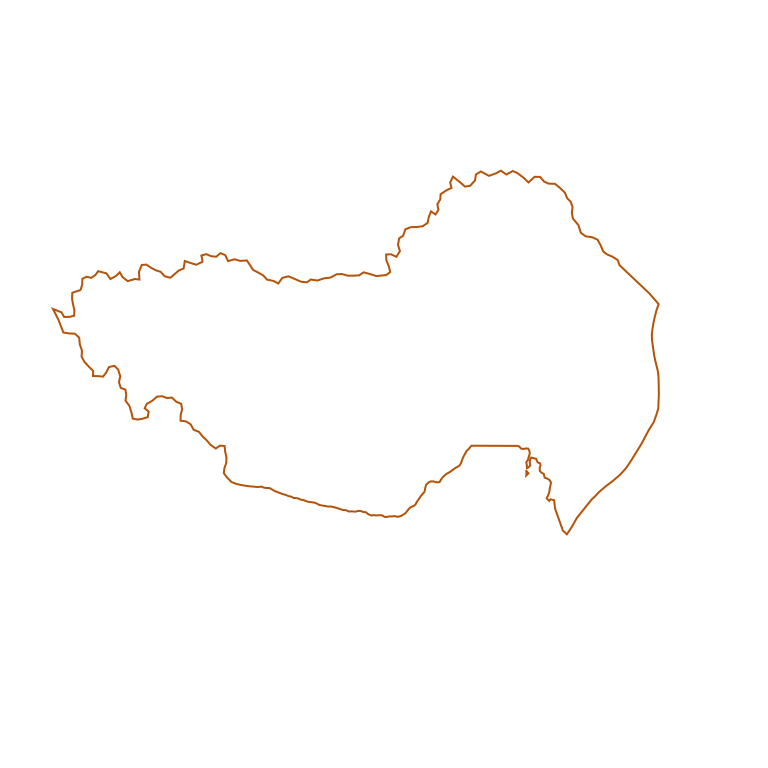 Silves, Amazonas, Brazil, rotated 340°
{"feature_id": "56859067B7747492242143", "entity_name": "Silves", "entity_type": "district", "adm_level": 2, "iso_a3": "BRA", "parent_name": "Brazil", "parent_adm1": "Amazonas", "projection": "natural_earth1", "projection_center": [-58.603, -2.851], "detail": "fine", "context": "isolated", "style": "outline", "palette": "amber", "viewbox_px": 768, "rotation_deg": 340, "n_neighbors": 0, "source": "geoboundaries", "source_scale": "gbopen_adm2", "svg_char_len": 4882}
<svg xmlns="http://www.w3.org/2000/svg" viewBox="0 0 768 768"><g transform="rotate(340 384 384)"><path d="M624.2,512.3L629.5,506.0L633.3,500.9L638.6,488.1L641.9,478.6L644.2,471.8L645.7,465.9L646.3,460.4L647.0,453.8L647.9,448.3L650.9,434.3L652.7,428.9L655.0,424.3L658.1,418.8L660.9,414.3L665.2,408.0L669.4,402.9L664.4,389.8L646.0,353.0L646.0,347.5L642.4,342.7L637.8,338.4L635.3,334.3L635.0,327.4L634.0,321.4L629.8,317.3L623.9,314.1L620.7,309.2L621.0,301.1L618.1,293.3L619.1,287.2L621.6,282.6L621.8,276.7L619.6,271.9L619.5,266.3L618.2,263.5L616.7,260.5L613.2,254.4L607.0,251.9L603.6,248.4L601.5,242.8L596.4,240.8L588.7,244.0L585.5,237.6L581.4,231.3L577.8,227.9L570.7,229.0L566.8,223.5L561.4,224.3L553.8,224.3L547.7,217.4L542.0,218.6L539.1,223.9L532.7,227.2L527.6,226.2L524.5,220.5L519.7,212.7L515.1,217.3L514.5,222.8L508.9,223.4L502.1,225.0L500.0,229.8L495.6,233.3L494.7,239.0L490.4,242.3L487.2,237.9L483.2,242.4L480.1,247.5L474.2,249.0L468.0,247.5L462.9,245.8L457.0,245.9L452.7,251.2L448.1,252.3L444.7,258.1L444.4,264.6L439.1,268.7L434.8,264.4L430.2,263.1L428.5,268.9L428.8,274.8L428.1,280.9L423.3,282.4L418.7,281.2L413.8,280.0L408.2,275.7L403.0,272.1L397.9,273.4L392.8,271.9L387.2,269.9L381.9,266.2L377.0,264.7L370.2,265.7L363.8,264.2L356.8,264.0L351.0,260.8L346.3,262.1L341.0,259.5L336.1,254.8L331.0,250.1L324.7,249.5L319.1,253.4L315.3,249.3L309.8,245.9L307.6,240.6L303.5,235.8L299.9,231.9L298.7,226.2L297.4,221.0L290.9,219.1L286.3,215.7L279.5,215.2L278.9,208.6L275.1,205.1L269.9,207.0L265.3,204.8L261.4,201.2L256.3,200.8L255.8,204.5L255.3,207.1L248.3,207.7L243.2,203.8L238.9,200.3L235.2,206.9L229.8,207.2L219.7,211.1L214.8,207.8L212.5,202.2L208.7,199.3L205.2,195.5L201.5,190.5L197.1,189.3L192.1,194.8L189.9,202.2L185.7,200.1L178.4,199.7L174.9,194.1L173.9,188.6L169.2,190.8L162.8,191.8L161.0,185.1L154.0,180.2L150.0,182.9L145.2,184.1L141.2,181.5L136.5,182.0L134.5,187.3L130.9,191.9L124.0,191.7L122.3,191.7L120.0,197.3L119.1,202.4L118.3,208.8L116.2,213.8L111.6,213.4L106.4,211.6L105.4,206.3L98.6,200.3L100.1,212.6L100.2,220.2L100.3,225.9L104.8,228.5L110.7,231.0L113.4,236.2L111.7,242.9L111.6,249.3L109.2,254.9L110.1,260.8L112.7,267.0L115.2,272.2L113.3,277.0L118.1,278.9L122.5,280.9L126.9,278.2L131.3,274.0L136.9,274.7L139.1,279.5L138.8,286.6L135.6,291.6L135.3,297.7L139.1,300.8L138.1,306.1L135.4,311.1L137.3,317.8L136.9,324.5L136.1,330.6L140.4,333.2L145.7,334.1L150.7,334.3L153.4,329.4L150.8,325.0L154.4,321.5L160.6,320.5L166.4,318.2L171.5,319.7L175.4,323.1L180.1,324.2L182.7,329.6L186.6,333.2L185.7,338.7L182.5,343.2L180.3,348.9L185.1,351.4L188.5,355.7L189.5,362.0L193.8,365.7L195.4,370.8L197.9,375.7L200.2,381.9L203.9,387.1L208.8,385.8L213.0,387.8L211.6,393.4L210.8,399.4L208.6,404.5L205.3,408.4L203.0,413.0L204.6,418.3L207.2,424.0L211.0,427.3L215.2,430.1L217.2,431.2L219.2,432.3L221.2,433.4L223.4,434.5L226.9,436.1L230.2,437.7L233.7,438.5L236.1,440.6L238.5,441.7L240.6,442.5L241.9,443.8L243.2,445.4L244.6,447.1L246.3,448.6L248.5,450.5L251.2,452.8L252.9,454.0L254.8,455.6L256.4,457.0L258.4,458.2L260.1,460.2L262.4,461.1L264.5,462.4L266.7,464.6L268.4,465.3L270.7,467.3L272.6,468.9L275.1,470.1L278.0,471.7L280.0,473.4L281.8,475.5L284.1,476.9L286.7,478.4L289.3,479.9L292.0,480.9L294.7,482.5L296.4,483.7L298.6,485.4L300.1,486.6L302.5,488.5L304.7,489.4L306.1,490.5L307.6,492.0L309.6,492.4L311.3,493.2L313.8,494.3L316.4,494.4L318.8,495.5L320.8,497.2L323.0,498.2L324.6,500.9L327.2,503.3L329.8,503.8L331.6,504.8L333.7,505.4L335.6,506.1L337.3,506.7L339.0,509.0L341.1,509.9L343.2,510.1L346.1,511.1L348.8,511.8L351.7,513.6L355.2,513.8L357.3,513.3L359.0,513.1L361.2,512.0L364.2,510.1L366.0,509.2L368.4,508.8L370.6,508.6L372.3,508.1L373.8,506.6L375.9,505.0L378.1,503.6L380.2,501.9L383.0,500.4L385.1,499.2L386.2,497.5L387.4,495.5L389.1,493.1L392.0,491.8L394.6,491.5L397.1,492.4L399.1,493.9L400.8,494.8L402.7,495.2L404.6,493.5L407.4,491.6L409.6,490.7L412.1,489.8L415.0,489.4L418.3,488.5L421.0,487.7L422.8,487.2L424.7,487.0L427.2,486.4L429.3,484.7L431.7,481.7L434.1,479.2L436.7,476.9L438.8,475.1L440.8,474.3L443.0,473.1L445.1,471.9L463.0,478.5L488.2,487.8L489.7,489.0L490.7,491.6L493.0,492.8L495.7,493.2L497.4,494.0L497.8,496.5L497.1,499.4L495.3,501.7L493.2,504.6L490.9,506.2L490.5,509.0L489.5,512.0L491.5,511.7L493.7,510.4L494.2,507.1L495.8,504.7L497.1,503.4L498.9,504.7L501.3,506.3L501.6,510.2L503.6,512.1L503.1,514.4L501.6,516.0L500.7,519.1L501.6,521.1L503.4,523.2L502.9,526.9L505.0,528.7L506.7,530.8L507.2,533.7L505.9,536.0L504.1,538.7L502.3,542.2L499.6,545.3L497.8,547.0L499.3,550.4L501.1,549.3L504.1,551.4L503.4,554.4L502.8,556.9L502.1,560.1L502.0,582.9L504.4,587.8L508.6,584.8L513.5,580.9L519.3,575.9L539.7,563.5L544.6,561.4L549.0,559.1L557.5,555.9L565.7,553.4L573.6,550.5L578.2,548.3L583.2,545.5L590.0,540.5L593.9,537.4L606.0,527.9L610.3,523.9L617.2,517.7L624.2,512.3ZM487.9,513.8L487.6,516.1L486.4,518.6L489.2,517.3L487.9,513.8Z" fill="none" stroke="#b45309" stroke-width="2"/></g></svg>